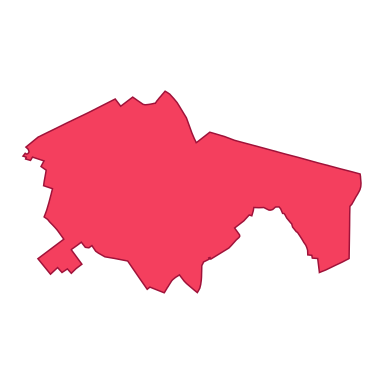 the district of Thanh Xuan, Ha Noi, Vietnam
{"feature_id": "81297802B66022953489908", "entity_name": "Thanh Xuan", "entity_type": "district", "adm_level": 2, "iso_a3": "VNM", "parent_name": "Vietnam", "parent_adm1": "Ha Noi", "projection": "orthographic", "projection_center": [105.818, 20.995], "detail": "fine", "context": "isolated", "style": "filled", "palette": "rose", "viewbox_px": 384, "rotation_deg": 0, "n_neighbors": 0, "source": "geoboundaries", "source_scale": "gbopen_adm2", "svg_char_len": 3177}
<svg xmlns="http://www.w3.org/2000/svg" viewBox="0 0 384 384"><path d="M25.9,147.1L27.2,148.3L28.2,149.3L29.0,151.5L28.8,152.6L27.6,153.8L26.5,154.1L25.2,153.3L23.0,156.1L26.2,157.2L25.6,159.0L30.5,160.4L32.5,157.1L44.0,160.9L41.0,166.5L46.2,170.2L45.1,176.4L44.2,181.4L43.9,183.5L43.8,184.6L43.6,185.7L52.5,188.7L52.0,190.8L51.7,191.8L51.4,193.1L51.1,194.4L50.7,195.7L50.5,196.6L48.9,202.7L46.7,210.1L46.6,210.4L45.0,214.7L44.1,216.9L47.5,219.3L48.2,220.1L48.7,220.7L49.2,221.4L50.5,222.8L51.2,223.5L52.5,224.8L55.2,227.7L55.6,228.2L56.5,229.2L57.0,229.8L57.7,230.7L60.8,235.0L62.4,237.2L63.8,239.2L37.9,258.7L50.5,274.2L57.6,267.6L62.0,272.5L67.4,268.9L71.3,273.3L76.1,268.6L81.9,264.2L71.3,249.8L72.0,249.0L74.0,247.6L77.2,245.3L81.3,242.2L85.3,247.3L87.2,247.6L88.9,247.8L91.9,245.6L95.7,251.2L98.4,253.1L104.9,256.8L114.3,258.4L127.7,261.0L133.3,269.2L139.7,278.5L147.2,289.3L148.8,288.0L149.9,287.1L164.2,292.8L164.7,292.1L165.7,290.4L167.0,288.3L167.2,287.8L168.1,286.6L168.8,285.4L169.8,283.8L171.7,280.8L172.7,279.7L175.5,277.4L179.5,274.9L179.8,275.4L184.4,281.4L186.6,283.6L194.0,289.9L197.3,292.6L198.4,290.8L199.8,288.2L200.7,284.5L201.3,280.1L201.5,277.2L201.7,270.1L201.8,265.6L203.2,262.9L203.5,262.0L207.5,260.0L209.1,259.2L208.7,257.9L210.0,257.5L210.3,258.5L210.8,259.1L228.9,248.0L231.4,245.4L236.3,239.9L238.9,237.6L239.7,236.4L239.7,235.7L239.5,234.8L234.6,228.0L243.8,220.9L249.2,215.0L251.8,215.8L253.1,211.4L253.4,210.2L253.6,208.8L253.8,207.5L258.9,207.7L262.0,207.6L263.8,207.5L266.9,209.1L269.0,210.1L270.8,210.1L272.7,209.5L275.5,207.0L279.0,206.9L280.6,208.7L282.6,213.4L283.2,213.4L283.9,213.5L284.2,213.7L284.9,214.6L286.7,218.0L290.9,223.1L291.6,223.6L291.9,224.6L292.6,227.1L295.0,230.1L296.3,231.7L297.5,232.4L300.1,236.3L301.9,239.1L302.8,240.6L303.7,242.2L305.8,245.2L306.8,247.6L307.6,250.2L307.8,254.9L311.8,255.3L312.3,258.1L317.7,258.5L319.4,272.4L319.4,272.5L320.4,272.1L325.7,270.0L329.2,268.3L331.9,267.0L332.3,266.8L335.8,265.1L339.9,263.2L342.4,262.0L346.6,259.8L348.6,258.8L349.1,258.5L349.4,239.2L349.6,225.6L349.7,215.1L349.9,206.3L350.4,205.8L352.0,204.0L352.2,203.5L353.7,200.9L354.6,199.2L355.6,197.4L356.1,196.5L357.4,194.5L358.5,192.5L359.0,191.6L359.8,190.0L360.2,188.9L360.4,188.0L360.7,187.1L360.8,186.2L360.9,185.1L361.0,183.1L360.6,178.3L360.5,176.6L360.3,175.3L360.1,174.0L358.7,173.6L356.1,172.9L351.3,171.6L350.8,171.5L350.5,171.4L340.3,168.8L332.2,166.6L316.9,162.6L315.3,162.1L314.8,162.0L297.9,157.3L285.5,154.1L263.6,148.1L249.4,144.3L244.1,142.9L234.5,140.3L227.4,137.6L227.0,137.5L225.6,136.9L215.0,133.7L209.8,132.2L196.6,142.5L196.2,142.7L195.9,141.9L194.2,138.4L191.9,133.0L186.4,117.8L185.1,115.7L179.4,106.3L177.1,102.6L173.8,98.6L169.6,94.0L168.7,93.5L168.1,93.0L165.1,91.2L162.9,93.8L162.5,94.2L161.1,95.9L160.6,96.5L159.4,97.8L158.8,98.6L158.3,99.2L157.6,100.1L156.9,100.9L155.3,103.3L154.2,103.3L153.2,103.6L151.3,104.0L149.0,104.4L147.2,104.6L145.1,104.8L143.0,104.3L140.6,102.6L139.1,101.6L138.1,100.9L136.8,100.0L135.7,99.2L135.0,98.7L132.7,97.1L121.8,105.4L120.8,106.1L120.7,106.2L115.2,99.0L87.6,113.0L67.6,122.6L38.1,137.1L25.9,147.1Z" fill="#f43f5e" stroke="#9f1239" stroke-width="1.5"/></svg>